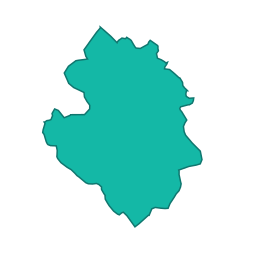 El-Ibrahimiya, Ash Sharqiyah, Egypt (Robinson projection), rotated 291°
{"feature_id": "37247803B97743479870089", "entity_name": "El-Ibrahimiya", "entity_type": "district", "adm_level": 2, "iso_a3": "EGY", "parent_name": "Egypt", "parent_adm1": "Ash Sharqiyah", "projection": "robinson", "projection_center": [31.565, 30.732], "detail": "fine", "context": "isolated", "style": "filled", "palette": "teal", "viewbox_px": 256, "rotation_deg": 291, "n_neighbors": 0, "source": "geoboundaries", "source_scale": "gbopen_adm2", "svg_char_len": 2205}
<svg xmlns="http://www.w3.org/2000/svg" viewBox="0 0 256 256"><g transform="rotate(291 128 128)"><path d="M212.3,65.9L211.5,66.3L206.2,64.4L195.6,61.6L193.7,61.1L192.4,60.8L185.2,58.9L182.6,60.9L179.9,62.9L177.9,65.5L176.9,63.8L173.4,57.3L172.1,55.2L164.3,50.3L156.5,48.8L153.8,51.4L150.9,54.3L148.4,56.7L146.3,62.8L145.8,69.7L145.4,74.2L141.4,76.2L138.1,80.2L136.0,83.5L135.4,84.2L132.0,85.4L124.9,82.6L119.8,69.6L119.2,69.6L116.7,66.9L114.7,64.7L119.4,56.7L119.5,52.7L114.3,51.9L112.3,53.2L111.0,53.1L108.3,53.1L107.0,51.7L105.8,49.6L103.8,48.2L103.5,47.6L102.5,48.9L95.9,49.4L93.2,50.0L91.9,52.0L88.5,54.6L85.9,56.6L84.4,58.2L83.8,59.3L83.8,62.0L85.6,67.4L83.7,68.7L81.6,70.0L77.7,71.3L75.7,71.9L74.3,73.3L72.8,75.8L71.6,77.9L69.5,85.3L68.7,90.0L66.7,94.7L65.3,97.4L64.6,100.1L63.9,102.1L61.8,108.2L61.7,110.9L63.0,114.9L64.9,118.4L64.9,119.3L64.8,121.1L63.5,124.4L61.5,125.1L60.8,125.7L58.1,129.0L56.7,131.0L56.1,131.0L53.4,132.3L50.7,135.6L48.7,138.3L45.3,144.3L44.5,146.9L43.9,149.0L43.8,151.0L46.5,152.5L47.7,153.8L45.7,158.5L38.2,169.9L42.8,172.7L51.9,177.3L53.8,178.3L54.0,179.0L61.1,179.2L63.6,181.9L64.9,187.4L66.1,191.5L67.4,194.2L68.8,194.2L72.6,194.3L79.8,195.9L83.8,196.6L87.7,198.1L91.6,198.2L94.9,197.6L96.9,196.2L100.9,193.6L102.9,192.3L103.8,192.0L106.2,191.1L106.9,190.4L114.0,198.7L117.8,204.9L120.4,208.3L125.0,208.4L132.3,203.8L137.1,193.1L141.9,184.4L144.6,181.8L149.3,179.2L153.2,179.3L156.5,180.0L162.6,172.1L163.3,170.7L164.6,169.4L165.3,169.4L166.6,169.5L171.1,175.7L171.3,176.1L171.7,177.0L174.3,179.1L176.9,179.2L179.6,178.6L177.7,174.5L178.4,171.1L180.4,169.8L183.7,169.2L184.1,170.2L184.5,169.4L185.9,166.0L186.5,165.3L187.2,164.0L189.9,162.7L190.6,162.0L192.6,159.4L193.2,158.7L193.3,157.3L195.4,152.0L197.5,145.9L196.3,140.9L198.2,140.5L201.5,141.3L203.5,141.3L202.2,140.0L202.9,138.6L203.6,134.6L203.7,130.5L207.7,127.9L211.0,128.7L213.0,127.4L215.0,126.7L215.6,126.1L217.8,117.3L215.8,116.6L213.2,116.5L206.7,111.0L205.5,106.9L206.2,105.5L208.2,102.9L210.9,99.6L211.6,97.5L211.6,96.9L212.2,94.3L211.7,94.2L210.4,93.5L209.8,90.1L208.5,89.3L206.6,87.9L204.6,87.2L203.7,87.2L207.4,79.2L209.2,74.4L212.3,65.9Z" fill="#14b8a6" stroke="#0f766e" stroke-width="1.5"/></g></svg>